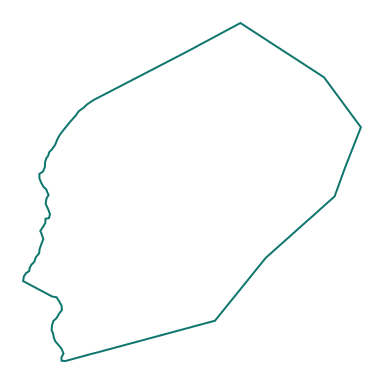 Barra do Choça, Bahia, Brazil
{"feature_id": "56859067B94003619672577", "entity_name": "Barra do Choça", "entity_type": "district", "adm_level": 2, "iso_a3": "BRA", "parent_name": "Brazil", "parent_adm1": "Bahia", "projection": "orthographic", "projection_center": [-40.669, -14.915], "detail": "fine", "context": "isolated", "style": "outline", "palette": "teal", "viewbox_px": 384, "rotation_deg": 0, "n_neighbors": 0, "source": "geoboundaries", "source_scale": "gbopen_adm2", "svg_char_len": 1093}
<svg xmlns="http://www.w3.org/2000/svg" viewBox="0 0 384 384"><path d="M360.9,127.3L324.0,77.3L307.7,66.7L271.9,43.5L240.4,23.0L187.6,51.3L94.0,99.8L91.4,101.5L87.2,104.3L83.1,108.1L78.8,111.2L76.1,115.1L72.3,119.4L69.6,122.4L67.1,125.6L64.7,128.5L62.3,131.5L59.9,134.7L58.0,138.0L56.4,141.6L55.1,144.9L52.1,149.1L49.1,152.3L48.2,155.7L46.2,158.5L45.1,162.1L44.9,167.1L42.9,171.6L39.4,173.9L39.4,178.3L41.0,182.3L43.4,186.7L46.2,189.3L47.3,192.3L48.6,195.1L46.5,198.4L45.6,203.8L48.3,209.6L50.0,214.2L49.0,218.1L45.5,218.8L45.3,223.1L42.8,227.1L40.3,230.9L41.7,234.2L43.3,239.0L41.3,244.3L39.6,249.1L39.1,253.4L35.8,257.2L34.4,261.7L31.4,264.7L29.8,267.6L29.1,271.2L26.2,273.0L23.9,276.3L23.1,281.1L52.1,296.5L56.6,297.3L59.0,301.1L61.6,305.8L61.9,310.1L59.1,313.6L56.6,318.0L53.3,321.1L52.1,325.1L51.6,330.0L53.1,333.7L53.8,337.6L55.3,341.3L58.8,345.4L61.7,349.0L63.5,353.7L61.4,357.5L61.6,360.8L65.5,361.0L91.0,354.0L95.2,353.0L215.0,320.7L218.2,316.7L265.8,257.8L306.8,221.2L312.2,216.5L319.8,209.6L334.6,196.4L345.1,167.5L360.9,127.3Z" fill="none" stroke="#0f766e" stroke-width="2"/></svg>